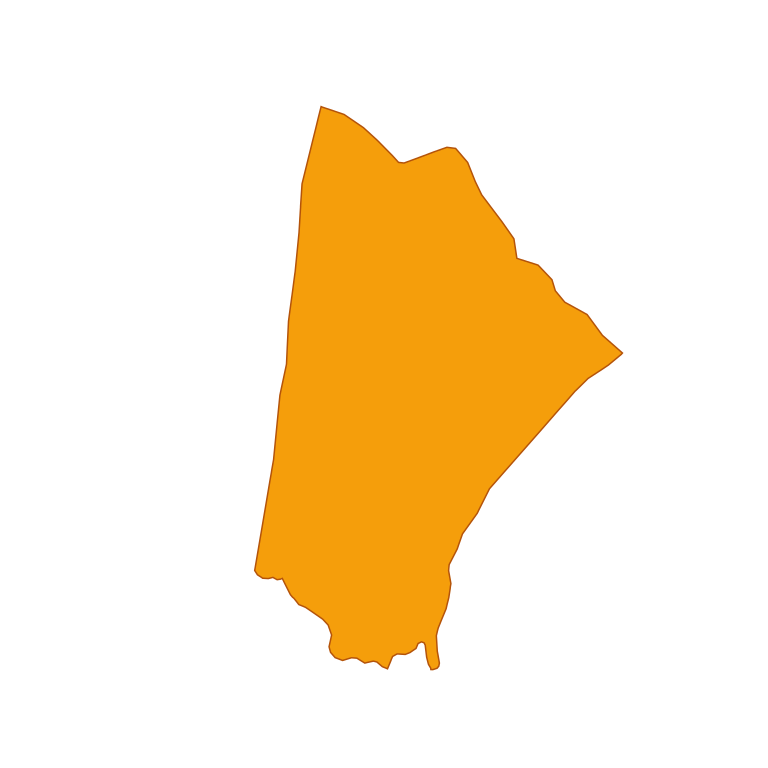 the district of Al-Malikeyyeh, Hasaka (Al Haksa), Syria, rotated 145°
{"feature_id": "27442178B99216687489351", "entity_name": "Al-Malikeyyeh", "entity_type": "district", "adm_level": 2, "iso_a3": "SYR", "parent_name": "Syria", "parent_adm1": "Hasaka (Al Haksa)", "projection": "mercator", "projection_center": [42.113, 36.959], "detail": "fine", "context": "isolated", "style": "filled", "palette": "amber", "viewbox_px": 768, "rotation_deg": 145, "n_neighbors": 0, "source": "geoboundaries", "source_scale": "gbopen_adm2", "svg_char_len": 2451}
<svg xmlns="http://www.w3.org/2000/svg" viewBox="0 0 768 768"><g transform="rotate(145 384 384)"><path d="M276.4,647.3L284.5,640.3L293.8,632.1L299.1,627.5L336.3,595.0L350.5,577.3L350.5,577.2L366.9,556.6L390.0,529.7L392.3,527.0L394.1,525.1L408.1,509.8L409.5,508.3L410.2,507.6L410.7,507.0L412.1,505.5L421.9,494.9L426.2,490.2L443.0,468.5L452.4,456.3L453.4,455.3L470.9,439.0L474.1,436.0L474.3,435.8L474.5,435.6L475.6,434.6L491.0,416.7L517.3,386.0L517.8,385.4L524.9,378.3L527.2,375.9L532.4,370.7L569.0,333.6L596.9,305.4L597.1,300.3L595.3,295.9L594.8,294.5L590.4,291.0L585.9,289.3L585.2,287.8L584.2,285.8L583.8,285.0L580.7,283.5L578.8,283.1L579.8,276.8L581.5,265.1L581.2,261.8L580.7,260.1L580.7,259.8L580.4,255.1L580.3,252.2L577.7,248.2L576.3,245.9L575.7,244.3L575.0,242.5L569.1,226.5L568.8,224.4L568.0,218.6L570.9,208.4L574.9,204.7L579.7,200.3L580.5,198.2L581.7,194.8L581.0,188.2L581.0,187.9L580.0,186.5L576.5,181.3L567.9,178.5L567.3,178.1L563.5,175.0L559.8,166.4L557.2,165.4L551.7,163.1L551.3,162.7L549.3,160.4L547.5,153.4L545.4,150.2L544.5,148.7L538.5,152.5L536.8,153.6L536.0,154.2L533.2,155.9L531.4,155.7L528.2,155.4L526.7,154.3L525.2,153.1L521.7,150.3L516.7,149.1L515.7,149.1L514.0,149.1L513.7,149.1L512.3,149.1L509.5,149.0L504.9,151.9L503.9,151.7L501.9,151.4L501.2,151.3L500.6,150.4L500.3,150.0L499.6,149.0L499.9,147.5L500.0,146.5L505.3,136.6L505.7,135.9L505.9,135.4L508.3,129.1L508.4,128.6L508.7,124.5L509.1,123.8L509.4,123.2L509.0,122.9L507.8,122.0L504.5,121.0L503.6,120.7L503.3,120.8L502.4,121.0L501.6,121.3L501.0,121.4L500.6,121.8L500.3,122.1L498.7,123.6L495.2,131.1L493.6,134.6L485.5,147.8L481.6,151.3L479.6,153.0L473.0,157.3L462.0,164.3L458.8,167.2L453.5,171.8L447.3,178.3L446.5,179.2L446.1,179.7L444.3,181.5L443.7,182.1L438.5,193.3L438.1,194.1L436.1,196.5L434.2,198.7L418.6,206.9L414.1,210.2L411.7,211.9L405.7,216.2L382.4,224.4L381.8,224.6L381.2,225.0L380.9,225.1L378.8,226.3L372.5,229.7L357.7,237.7L334.0,243.5L309.3,249.5L297.4,252.4L284.6,255.5L255.9,262.6L246.6,264.8L231.3,268.6L230.8,268.6L222.4,270.0L213.7,271.5L194.5,270.9L193.6,270.9L189.4,270.8L172.4,272.2L172.2,272.3L170.9,272.6L177.2,298.6L177.8,324.4L189.0,347.3L190.2,362.1L186.6,373.1L189.6,393.0L203.1,410.7L194.3,428.4L194.3,449.0L195.5,482.9L193.1,497.6L188.4,517.5L190.2,535.9L196.7,541.8L209.6,545.4L221.4,548.4L240.8,553.5L245.0,557.2L246.1,566.0L249.7,587.3L253.8,605.7L262.1,627.7L275.8,646.3L276.4,647.3Z" fill="#f59e0b" stroke="#b45309" stroke-width="1.5"/></g></svg>